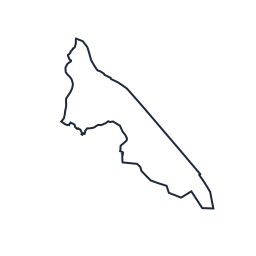 the district of Asa, Kwara, Nigeria, rotated 165°
{"feature_id": "59680162B59525703418999", "entity_name": "Asa", "entity_type": "district", "adm_level": 2, "iso_a3": "NGA", "parent_name": "Nigeria", "parent_adm1": "Kwara", "projection": "albers", "projection_center": [4.518, 8.446], "detail": "fine", "context": "isolated", "style": "outline", "palette": "slate", "viewbox_px": 256, "rotation_deg": 165, "n_neighbors": 0, "source": "geoboundaries", "source_scale": "gbopen_adm2", "svg_char_len": 2607}
<svg xmlns="http://www.w3.org/2000/svg" viewBox="0 0 256 256"><g transform="rotate(165 128 128)"><path d="M184.5,160.2L185.5,157.6L187.2,154.3L187.8,153.6L190.8,151.5L187.5,147.7L186.0,146.7L184.2,146.1L183.9,146.6L183.7,146.8L183.4,147.0L182.7,147.4L182.1,148.1L181.8,147.8L180.5,146.7L179.6,146.0L179.1,145.5L178.9,145.3L178.7,144.8L178.8,143.3L178.8,142.6L178.3,141.7L177.4,140.6L176.8,140.6L177.0,140.3L176.7,140.2L176.2,140.0L175.3,139.5L175.1,139.4L174.5,138.8L174.3,138.2L174.2,137.9L174.0,136.8L173.8,135.0L173.9,134.6L174.1,134.3L174.5,134.0L174.3,133.7L174.1,133.6L173.8,133.3L173.7,133.4L173.5,133.6L173.1,133.8L172.6,134.0L172.5,133.9L172.2,133.8L172.1,133.7L171.8,133.6L171.6,133.6L171.7,134.3L171.6,134.5L171.3,134.4L171.1,134.4L171.0,134.6L170.5,135.1L170.2,135.7L170.1,136.2L169.9,136.6L169.6,136.8L169.2,137.0L168.8,137.3L168.4,137.5L168.1,137.8L167.6,138.2L165.8,137.7L161.6,137.2L160.5,137.4L159.3,137.7L158.0,138.2L155.9,138.7L154.5,138.1L152.9,137.8L151.2,137.9L150.2,138.3L148.3,138.4L145.5,139.6L143.6,138.4L140.9,138.2L135.2,132.3L134.2,126.0L132.4,122.0L131.7,118.3L132.6,116.2L137.1,114.0L139.7,112.8L140.6,110.2L140.9,109.2L141.4,108.0L141.6,107.6L139.9,106.5L139.5,106.0L139.1,105.6L139.2,105.2L139.4,104.9L139.5,104.7L139.9,104.6L140.3,104.3L140.5,104.3L140.4,103.8L140.0,103.8L140.0,103.6L140.3,102.9L140.9,102.2L141.3,100.1L141.7,98.7L142.1,97.0L142.0,96.1L141.3,95.8L140.4,95.5L128.5,91.0L126.2,87.1L126.1,83.0L122.8,77.0L119.6,71.4L112.7,66.6L105.7,62.2L105.3,54.8L94.7,47.0L83.2,50.4L77.0,31.4L66.4,28.2L65.4,41.9L65.2,45.2L68.0,54.7L69.3,58.6L70.5,61.8L71.3,64.3L70.2,64.8L76.2,77.5L83.6,93.3L86.1,98.5L91.1,109.0L97.2,121.8L107.2,142.8L108.7,145.9L110.2,149.0L117.6,163.9L118.8,166.3L121.6,169.7L125.8,174.6L131.8,179.8L131.8,180.7L132.7,181.7L135.0,183.7L136.2,184.9L136.9,185.3L137.2,186.4L137.4,187.0L140.2,190.0L142.5,191.5L143.4,193.6L145.0,199.1L146.1,203.3L146.1,207.9L146.1,208.6L146.1,212.3L146.3,215.2L146.4,216.7L148.8,222.6L149.2,223.5L155.0,227.8L155.3,227.2L155.6,226.8L156.1,224.6L156.5,223.1L157.0,222.3L157.4,221.9L157.8,221.0L158.2,220.2L158.7,219.7L159.5,219.3L160.8,219.0L161.0,218.2L163.0,217.2L163.9,216.4L164.0,215.7L165.2,215.0L165.9,214.4L167.1,214.2L167.3,212.9L166.9,211.5L167.0,210.8L167.0,210.2L166.1,208.5L165.6,208.0L165.9,207.2L168.6,206.2L170.2,205.4L172.1,203.3L172.9,202.2L173.7,198.1L172.8,195.6L172.4,194.8L171.3,193.1L170.3,190.9L169.8,189.0L169.8,186.4L169.8,184.9L170.3,183.5L171.9,180.5L174.6,177.3L179.1,173.4L180.2,172.4L180.8,170.5L181.7,166.5L182.1,165.0L184.5,160.2Z" fill="none" stroke="#1e293b" stroke-width="2"/></g></svg>